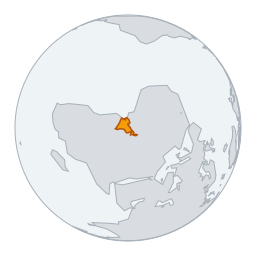 the Earth from above Cameroon, rotated 116°
{"feature_id": "CMR", "entity_name": "Cameroon", "entity_type": "country or territory", "adm_level": 0, "iso_a3": "CMR", "parent_name": "Africa", "parent_adm1": "", "projection": "orthographic", "projection_center": [12.994, 7.377], "detail": "fine", "context": "on_globe", "style": "filled", "palette": "amber", "viewbox_px": 256, "rotation_deg": 116, "n_neighbors": 0, "source": "natural_earth", "source_scale": "50m", "svg_char_len": 10613}
<svg xmlns="http://www.w3.org/2000/svg" viewBox="0 0 256 256"><g transform="rotate(116 128 128)"><circle cx="128" cy="128" r="113" fill="#eef3f6" stroke="#a8b0b8"/><path d="M87.8,22.8L89.6,22.1L91.8,21.3L93.7,20.7L94.3,20.6L91.0,21.7L90.3,21.9L89.6,22.2L87.8,22.8L89.0,22.4L85.1,24.0L89.7,22.4L87.1,23.6L84.3,24.7L83.7,24.6L78.4,26.9L87.8,22.8ZM66.9,33.4L63.9,35.6L60.9,37.7L57.5,40.5L59.6,39.1L62.9,36.5L65.9,34.9L69.7,32.2L71.4,31.4L75.7,28.9L76.0,29.3L74.0,31.1L70.4,33.3L69.5,34.3L73.6,32.5L67.8,37.1L65.2,41.6L63.6,43.0L59.1,44.8L57.2,43.8L51.3,47.6L56.0,45.4L51.9,49.5L51.7,50.4L52.4,50.5L54.3,49.1L53.1,50.7L48.0,53.2L49.0,51.7L50.7,50.8L49.7,50.6L46.2,52.9L44.5,55.1L41.1,57.2L39.8,59.0L38.3,60.6L40.7,57.6L36.4,63.3L32.2,68.8L26.3,79.7L26.5,79.2L30.6,71.4L35.4,63.9L40.7,56.9L46.5,50.2L52.9,44.1L59.7,38.5L66.9,33.4ZM16.8,110.0L16.6,111.3L17.5,107.0L18.5,105.2L17.2,111.7L18.7,106.2L18.6,109.7L21.2,110.9L20.6,112.3L22.6,121.3L26.8,126.1L27.7,131.2L27.0,134.0L28.9,135.3L29.0,137.3L38.2,142.3L44.4,148.2L45.2,155.0L41.9,162.0L43.5,177.6L38.9,181.4L40.8,187.6L42.6,195.8L39.4,194.1L43.5,199.1L44.3,201.3L43.1,200.9L45.6,204.0L44.9,203.6L47.3,206.1L50.3,209.5L54.2,213.0L56.4,214.9L50.4,209.6L44.7,203.8L39.5,197.7L34.7,191.2L33.4,189.1L22.7,167.4L21.0,162.7L19.4,157.9L17.3,148.9L16.0,139.7L15.4,130.5L15.6,121.2L15.6,120.5L16.3,113.3L16.8,110.0ZM24.4,83.8L22.5,89.9L22.1,89.9L22.4,89.0L23.3,86.5L23.7,85.4L24.4,83.8ZM27.3,77.8L27.5,77.2L27.5,77.4L27.3,77.8ZM75.2,29.0L75.4,29.0L74.5,29.4L75.2,29.0ZM76.9,28.0L75.7,28.5L76.3,28.1L77.0,27.8L76.9,28.0ZM78.2,27.5L77.5,27.5L78.6,26.9L82.3,25.2L78.2,27.5ZM92.0,21.3L89.9,22.0L90.4,21.8L92.0,21.3ZM98.0,19.4L98.5,19.3L97.2,19.7L94.6,20.4L95.6,20.1L98.0,19.4ZM96.8,19.8L98.6,19.4L97.5,19.8L94.8,20.4L96.8,19.8ZM94.7,21.3L94.7,21.1L96.4,20.5L94.7,21.3ZM99.4,19.2L99.8,19.0L100.4,18.9L101.4,18.7L99.4,19.2ZM106.2,17.5L106.3,17.5L103.2,18.1L103.4,18.1L106.2,17.5ZM104.4,18.0L100.6,19.0L100.3,19.5L98.7,20.0L99.6,19.2L104.4,18.0ZM104.0,18.0L103.9,18.1L102.1,18.5L100.9,18.7L104.0,18.0ZM104.7,18.0L105.6,17.8L104.9,18.0L104.7,18.0ZM108.3,17.1L107.9,17.2L108.8,17.0L108.3,17.1ZM107.8,17.4L106.6,17.6L105.8,17.7L107.8,17.4ZM108.3,17.2L109.6,17.0L106.2,17.6L108.0,17.2L108.3,17.2ZM109.2,17.0L109.6,16.9L109.3,17.0L109.2,17.0ZM111.5,17.0L107.4,17.8L105.7,17.9L109.9,17.1L111.5,17.0ZM62.4,219.5L64.3,220.9L64.7,221.1L62.4,219.5ZM61.1,218.3L60.9,217.8L61.9,218.4L62.2,218.9L61.1,218.3ZM238.7,107.4L237.4,102.8L238.9,111.0L240.1,117.3L240.4,120.5L240.6,124.4L240.5,123.0L239.8,116.2L239.2,114.0L238.1,106.9L235.2,96.9L235.0,99.3L233.8,95.2L229.8,87.5L228.7,90.8L228.0,102.8L229.9,113.5L228.7,118.7L222.3,104.1L218.5,94.1L216.7,95.5L209.6,87.8L199.0,88.8L197.0,86.4L195.1,87.9L190.0,85.8L186.8,81.9L183.9,82.5L192.5,92.8L195.5,92.3L197.3,87.8L199.2,91.6L204.0,94.8L200.4,105.1L183.8,115.7L181.4,107.8L164.7,87.3L164.7,84.9L164.6,84.7L164.4,84.2L163.6,88.1L160.5,84.2L170.3,98.4L172.2,104.8L183.5,116.2L182.7,117.6L186.1,119.9L196.0,115.9L196.2,118.6L192.0,131.6L177.6,150.0L179.1,161.5L177.3,171.4L167.3,178.4L167.3,185.9L162.0,188.8L161.1,193.0L156.3,197.6L148.7,202.1L136.7,202.6L136.7,198.9L131.9,191.7L125.4,173.9L129.2,165.4L128.5,158.9L119.8,144.6L121.7,136.4L119.2,133.1L114.1,134.0L111.1,130.0L108.0,130.0L87.8,133.0L81.3,127.7L72.5,111.6L75.9,105.3L75.8,98.0L98.4,73.8L103.9,75.1L122.6,71.7L125.0,72.5L123.7,77.9L138.3,84.1L142.1,79.4L154.5,82.6L162.3,82.1L163.6,72.0L150.8,72.5L147.8,67.9L157.3,63.3L168.3,63.4L167.5,61.7L159.9,58.0L161.7,54.8L157.1,56.5L159.5,58.2L156.7,59.6L154.4,58.1L155.1,56.9L151.6,56.3L149.0,62.7L151.1,65.1L142.4,66.7L145.1,71.0L143.0,73.2L137.6,66.8L137.6,64.4L128.2,58.1L127.4,60.7L136.2,66.9L133.8,66.5L132.8,70.6L131.6,67.2L122.2,60.2L113.9,62.1L104.4,72.5L99.3,73.5L94.4,71.7L96.6,61.6L107.9,60.4L108.8,57.4L105.5,53.2L109.2,53.4L109.3,51.7L113.4,51.3L118.2,47.3L122.3,46.7L123.3,42.0L125.5,41.3L124.3,44.2L125.6,46.1L135.6,45.5L137.3,44.5L137.1,41.6L139.8,42.0L138.4,39.3L143.6,38.2L136.0,37.6L135.5,34.8L138.2,32.6L136.7,31.7L132.4,35.3L131.9,36.9L133.7,38.4L131.2,43.3L127.9,44.3L125.4,39.1L120.5,40.1L120.6,36.1L132.2,28.1L137.5,26.8L148.3,29.7L147.6,31.3L143.4,30.8L148.2,33.5L147.4,32.2L149.7,32.7L149.9,30.6L151.5,30.9L148.9,28.6L150.9,28.7L152.5,30.2L154.5,27.8L158.5,27.9L158.1,27.2L156.6,26.5L162.6,27.4L162.1,26.9L160.0,26.4L157.5,25.1L155.5,23.5L157.7,23.8L158.7,24.5L164.1,26.7L166.5,28.8L167.2,28.8L165.7,27.2L159.1,24.4L157.3,23.3L160.5,24.4L159.2,23.9L159.0,23.5L160.8,23.6L157.3,22.4L152.0,18.8L155.0,19.0L158.5,20.1L157.1,19.2L157.9,19.4L165.4,21.7L172.7,24.6L179.8,28.0L186.7,31.9L193.3,36.2L199.5,41.0L205.4,46.2L211.0,51.8L216.1,57.8L220.8,64.1L225.0,70.7L228.8,77.7L232.0,84.8L234.8,92.2L237.0,99.7L238.7,107.4ZM91.6,85.9L91.2,88.0L91.6,85.9ZM180.7,69.1L186.8,69.2L182.7,63.3L184.6,62.9L182.5,61.2L182.3,62.9L176.9,58.2L179.0,56.4L177.6,54.1L175.5,54.0L172.5,58.1L180.2,64.6L179.4,67.1L180.7,69.1ZM21.3,110.9L21.4,112.3L20.9,112.1L21.3,110.9ZM21.2,92.3L21.1,92.8L20.8,93.9L20.7,94.0L21.2,92.3ZM22.8,94.9L23.1,95.8L22.4,95.9L22.8,94.9ZM22.3,90.9L22.5,94.4L21.1,95.6L21.2,93.5L21.6,93.4L22.3,90.9ZM25.6,81.2L25.4,81.8L24.9,82.9L25.6,81.2ZM27.3,78.0L27.2,78.0L27.7,77.0L27.3,78.0ZM52.3,49.3L52.6,49.2L53.0,49.6L52.1,50.1L52.3,49.3ZM59.4,48.1L57.3,50.8L58.2,49.1L56.4,50.1L56.0,48.0L62.8,43.7L59.8,45.9L59.4,48.1ZM57.3,44.5L56.8,46.0L57.1,44.6L57.3,44.5ZM105.4,44.1L107.1,44.9L106.0,46.8L100.8,48.4L102.4,45.6L105.4,44.1ZM109.8,45.8L108.7,40.7L111.8,39.9L110.3,41.1L112.5,41.1L110.5,43.2L114.6,47.7L113.9,49.7L104.8,51.0L108.2,49.3L106.3,48.4L109.8,45.8ZM100.2,32.4L99.8,31.0L107.2,30.7L106.8,32.1L101.6,33.5L99.1,32.8L100.2,32.4ZM84.8,25.0L84.2,25.1L85.1,24.7L86.3,24.3L84.8,25.0ZM94.6,21.3L88.6,24.5L87.5,24.7L85.3,26.8L81.6,28.1L83.2,26.7L78.7,29.5L78.7,28.7L75.9,30.7L79.9,27.3L79.7,26.9L81.3,26.7L84.6,25.4L86.0,24.7L89.8,22.8L91.0,21.8L94.5,20.6L96.7,20.1L97.0,20.1L94.6,20.8L96.6,20.4L93.4,21.4L94.6,21.3ZM120.1,18.7L117.2,18.7L120.7,19.6L117.5,20.0L118.1,20.1L116.1,20.8L114.8,21.9L113.2,22.1L113.3,22.5L112.0,23.1L111.7,23.8L108.7,24.3L108.1,25.3L107.1,25.0L106.7,26.5L105.7,25.7L103.8,26.7L105.9,27.0L90.7,30.0L85.2,32.5L81.2,35.2L79.9,33.8L82.8,30.7L87.8,27.2L93.3,25.3L91.7,25.2L93.8,24.3L94.2,24.7L94.9,23.6L96.8,23.1L101.3,21.0L101.2,20.1L102.8,19.5L103.8,19.6L104.7,18.9L107.7,18.7L108.9,18.3L113.0,17.9L114.2,18.6L115.5,18.2L118.7,18.0L120.1,18.7ZM112.6,16.9L114.8,17.2L114.1,17.7L107.1,18.2L105.6,18.6L101.1,19.3L102.3,18.7L103.4,18.5L104.8,18.2L103.9,18.5L105.7,18.0L107.4,17.8L109.2,17.5L109.4,17.6L112.6,16.9ZM127.3,70.4L129.2,70.6L131.9,70.2L131.3,73.0L127.3,70.4ZM120.8,65.7L122.4,65.3L122.9,68.6L121.0,68.6L120.8,65.7ZM122.8,62.4L122.5,65.0L121.5,63.6L122.8,62.4ZM125.7,43.8L127.3,43.3L127.7,44.0L127.0,45.1L125.7,43.8ZM129.8,22.5L128.3,22.2L128.7,21.9L127.1,20.7L129.4,20.5L131.2,21.1L129.8,22.5ZM161.7,73.8L159.7,75.8L158.4,74.9L159.3,74.4L161.7,73.8ZM145.0,74.3L149.0,75.5L144.8,75.1L145.0,74.3ZM132.0,22.1L131.1,21.5L132.8,21.8L132.0,22.1ZM130.9,20.3L132.8,20.4L129.4,20.3L130.9,20.3ZM189.7,217.2L189.3,218.3L188.1,218.5L189.7,217.2ZM194.1,168.4L185.3,186.0L180.7,186.4L180.6,181.5L184.4,171.0L190.1,167.7L193.1,162.7L194.1,168.4ZM240.4,135.1L240.5,133.9L239.1,119.3L239.6,119.2L240.6,126.6L240.4,135.1ZM230.3,114.5L232.2,120.6L231.4,121.9L230.3,114.5ZM150.0,21.5L149.7,23.2L151.0,24.8L154.1,26.0L149.6,25.2L147.6,22.8L150.0,21.5ZM151.5,19.0L148.8,18.3L150.0,18.3L150.8,18.5L151.5,19.0ZM149.9,18.7L146.5,18.4L145.0,17.9L148.0,18.2L149.9,18.7ZM139.3,19.6L139.1,20.1L137.7,19.8L139.3,19.6Z" fill="#d9dde1" stroke="#a8b0b8" stroke-width="1"/><path d="M119.3,133.1L119.5,132.8L119.6,132.5L119.8,132.2L119.9,131.7L120.0,131.4L120.1,131.1L120.2,130.8L120.3,130.7L120.7,130.3L120.9,130.1L121.1,129.9L121.3,129.8L121.5,129.6L121.6,129.4L121.7,129.2L121.8,129.1L122.2,128.9L122.4,128.7L122.5,128.8L122.7,129.0L123.0,129.0L123.1,128.9L123.2,128.7L123.3,128.6L123.6,128.8L123.8,129.0L124.0,129.2L124.2,129.3L124.3,129.7L124.3,129.8L124.6,129.8L124.7,129.7L124.9,129.7L125.0,129.5L125.1,129.4L125.2,129.0L125.4,128.8L125.6,128.6L125.8,128.5L125.7,128.3L125.6,128.2L125.8,128.0L126.1,127.6L126.1,127.3L126.4,126.9L126.5,126.3L126.5,126.2L126.7,125.9L126.9,125.6L127.2,125.5L127.3,125.5L127.5,125.3L127.6,125.2L127.7,124.8L127.7,124.5L127.8,124.2L128.0,123.9L128.4,123.8L128.4,123.7L128.5,123.2L128.5,122.9L128.8,122.5L128.9,122.1L129.0,121.7L129.4,121.1L129.7,120.6L129.9,120.5L130.0,120.4L130.3,120.4L130.7,120.1L130.9,120.0L131.0,119.9L131.1,119.7L131.0,119.4L131.1,119.2L131.1,118.9L131.1,118.7L130.9,118.3L130.7,118.2L130.3,118.2L130.3,117.9L130.2,117.7L130.0,116.8L130.4,116.8L130.8,116.9L130.9,117.0L131.0,117.3L131.1,117.5L131.4,117.6L131.6,117.9L131.6,118.4L131.8,118.7L132.0,119.1L132.0,119.5L132.1,119.8L132.0,120.2L131.9,120.4L131.9,120.7L132.0,121.2L132.1,121.6L132.3,121.9L132.4,122.1L132.7,122.4L132.9,122.7L133.1,122.8L132.9,122.9L132.5,122.9L132.3,122.9L132.1,122.9L131.6,123.0L131.1,122.9L130.7,122.9L130.4,122.9L130.2,123.0L130.1,123.3L129.9,123.4L130.0,123.7L130.1,123.8L130.3,124.0L130.5,124.2L130.6,124.4L131.0,124.8L131.4,125.1L131.5,125.1L131.8,125.4L132.1,125.7L132.4,126.1L132.6,126.6L132.8,127.1L133.0,127.2L133.0,127.3L132.9,127.5L132.6,128.0L132.4,128.2L132.3,128.3L132.3,128.5L132.2,128.6L132.1,128.9L132.0,129.2L131.9,129.2L131.6,129.6L131.5,130.0L131.4,130.2L131.1,130.3L130.9,130.5L130.9,130.8L131.0,130.9L131.2,131.0L131.2,131.7L131.1,131.8L131.1,132.0L131.2,132.3L131.3,132.5L131.4,133.3L131.5,133.5L132.0,133.9L132.1,134.1L132.1,134.3L132.2,134.5L132.2,135.0L132.4,135.2L132.6,135.5L132.8,135.7L133.1,135.9L133.3,136.1L133.5,136.3L133.8,136.4L133.8,136.5L134.0,136.8L134.0,137.0L134.1,137.3L134.1,137.6L134.2,137.8L134.3,138.0L134.2,138.1L134.1,138.3L134.0,138.5L134.2,138.9L134.2,139.1L133.9,139.0L133.7,138.9L133.4,138.7L133.1,138.6L132.8,138.6L132.6,138.7L132.3,138.5L132.1,138.5L131.7,138.5L131.7,138.4L131.4,138.3L131.1,138.2L130.9,138.2L130.5,138.2L130.0,138.2L129.5,138.2L129.1,138.2L128.6,138.2L128.4,138.1L127.8,138.1L127.4,138.1L127.2,138.0L126.8,138.0L126.3,138.0L125.9,138.0L125.2,138.0L124.8,138.0L124.7,138.2L124.3,138.2L123.7,138.2L123.1,138.2L122.7,138.2L122.1,138.2L121.9,138.1L121.7,137.9L121.8,137.5L121.9,137.1L121.9,136.7L122.0,136.4L122.0,136.1L121.9,136.0L121.5,135.5L121.7,135.4L121.4,135.4L121.4,135.2L121.4,134.9L121.6,134.9L121.4,134.7L121.5,134.5L121.3,134.6L121.2,134.5L121.0,134.8L120.9,134.8L120.8,134.7L120.7,134.6L120.4,134.5L120.2,134.4L120.1,134.1L120.0,133.9L120.0,133.7L119.9,133.5L119.7,133.5L119.6,133.3L119.6,133.5L119.3,133.6L119.3,133.4L119.3,133.1L119.3,133.1Z" fill="#f59e0b" stroke="#b45309" stroke-width="1.5"/></g></svg>